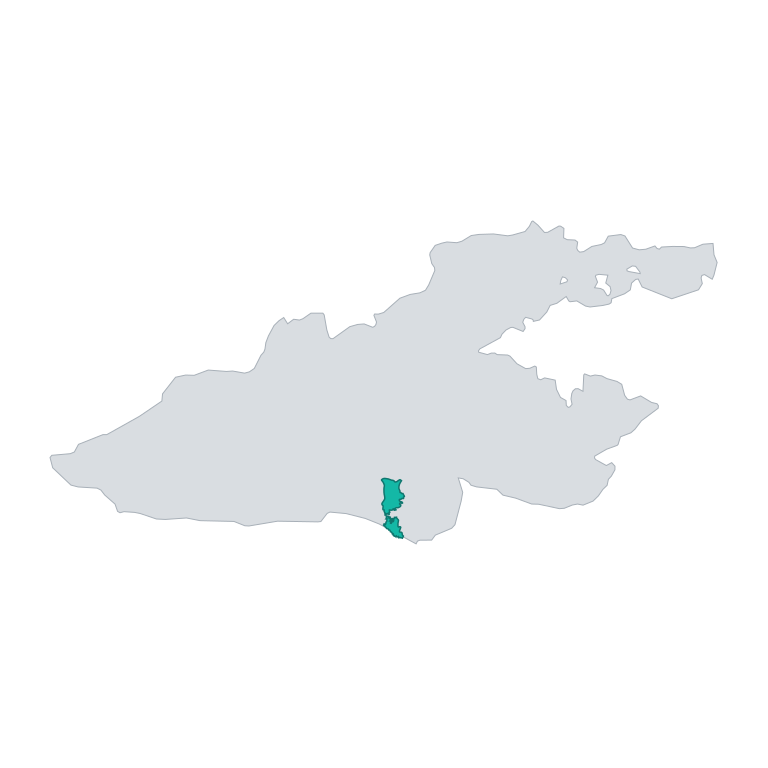 Alamudun, Chuy, Kyrgyzstan (highlighted), rotated 179°
{"feature_id": "92254566B67186126103124", "entity_name": "Alamudun", "entity_type": "district", "adm_level": 2, "iso_a3": "KGZ", "parent_name": "Kyrgyzstan", "parent_adm1": "Chuy", "projection": "equal_earth", "projection_center": [74.606, 42.781], "detail": "fine", "context": "in_parent", "style": "filled", "palette": "teal", "viewbox_px": 768, "rotation_deg": 179, "n_neighbors": 0, "source": "geoboundaries", "source_scale": "gbopen_adm2", "svg_char_len": 8729}
<svg xmlns="http://www.w3.org/2000/svg" viewBox="0 0 768 768"><g transform="rotate(179 384 384)"><path d="M155.5,461.3L157.5,460.0L163.9,458.7L176.7,457.4L181.1,458.4L189.8,463.7L196.5,463.0L197.8,463.8L200.3,468.3L209.7,461.7L216.5,459.7L220.0,453.1L227.4,445.3L233.6,444.0L233.7,445.3L234.9,446.4L241.2,448.2L243.1,446.2L244.2,443.3L242.0,438.8L242.0,436.9L244.0,434.1L254.1,438.4L256.3,438.3L261.0,435.9L265.2,431.7L266.8,428.3L287.5,417.5L289.0,415.5L288.7,414.1L280.1,411.6L276.2,413.0L272.6,413.0L270.4,411.4L259.9,410.8L257.6,409.7L250.7,401.9L242.1,396.9L237.9,397.2L232.9,399.3L231.4,398.3L231.1,391.0L230.1,386.6L227.2,385.5L223.3,387.3L212.8,384.9L211.6,375.6L207.8,367.5L202.3,364.3L202.1,359.4L200.2,357.4L198.5,357.9L196.3,360.4L197.3,365.8L196.4,371.2L195.1,373.9L192.7,375.9L189.9,375.9L185.2,373.2L184.1,389.6L183.2,390.6L177.5,388.3L172.9,389.3L166.1,388.3L161.0,385.5L151.0,382.5L146.3,379.5L143.6,368.5L140.9,364.6L138.3,363.8L127.6,367.6L116.8,360.9L111.4,359.5L110.0,357.5L110.3,355.0L127.2,342.8L133.9,334.4L138.0,330.9L148.5,327.1L151.0,319.5L151.9,318.6L162.6,314.9L174.6,308.2L174.8,306.3L173.7,304.7L163.1,298.6L157.7,301.4L154.5,297.8L154.6,294.2L158.3,287.9L161.3,284.8L162.7,278.8L167.0,274.8L171.6,268.4L177.0,263.3L187.1,259.4L192.6,260.6L197.8,259.7L205.9,256.6L210.8,256.3L231.5,261.1L238.4,261.4L254.4,267.6L267.0,270.8L273.0,276.8L293.2,279.5L298.8,281.3L300.8,284.2L306.5,287.9L311.4,288.8L307.2,274.3L308.9,265.6L315.5,242.1L318.8,238.6L335.3,232.0L339.1,227.1L350.9,227.2L353.3,226.3L354.7,223.6L391.2,244.1L405.0,249.9L424.1,255.1L440.3,256.9L443.1,255.6L449.5,247.6L452.6,247.3L492.8,248.7L521.5,244.4L525.6,244.7L536.4,249.2L570.4,250.6L583.8,253.5L605.0,252.4L613.9,253.0L630.1,258.8L635.7,260.0L646.2,260.9L650.2,259.9L652.6,261.3L655.0,268.6L665.2,277.9L668.9,282.9L672.7,284.9L691.6,286.4L698.8,288.4L716.7,306.0L719.2,316.3L717.4,318.5L698.9,319.8L694.8,321.4L690.5,329.0L665.8,338.3L662.1,338.2L629.2,355.9L606.4,370.8L605.6,378.0L592.3,394.4L582.2,396.4L573.6,396.0L559.5,401.0L541.3,399.3L535.1,399.6L523.2,397.3L518.4,398.5L513.4,401.8L506.5,414.9L503.6,418.0L502.4,421.0L501.4,427.4L498.7,434.1L492.9,444.4L487.8,449.2L483.1,452.2L479.3,445.9L473.2,450.3L467.4,449.4L463.9,450.7L455.8,456.1L443.9,455.9L442.6,454.1L440.2,439.0L438.1,431.9L436.4,430.3L434.2,430.2L417.2,441.9L409.3,444.0L402.8,444.4L394.3,440.9L392.4,441.8L391.0,443.7L390.4,446.1L392.9,452.8L392.2,454.1L388.3,454.0L383.0,455.5L366.6,469.5L356.2,473.1L346.6,474.5L340.9,477.0L337.6,482.2L331.2,496.6L331.5,499.6L334.1,503.5L336.0,512.2L335.6,514.5L330.4,521.7L323.8,523.8L318.6,524.9L308.7,524.0L303.6,525.4L294.2,530.9L286.5,531.9L271.9,532.1L257.7,530.0L252.9,530.7L240.3,534.0L235.9,539.1L233.5,543.8L232.3,544.4L227.3,540.1L220.9,532.7L217.7,532.8L206.3,538.9L204.6,538.7L201.4,536.4L201.9,527.0L198.3,525.1L190.5,524.6L187.9,522.5L188.9,516.4L188.0,514.2L186.0,512.4L182.0,512.9L173.8,517.9L164.3,519.7L161.0,521.3L157.2,527.9L144.6,529.3L140.5,527.8L133.1,515.6L126.5,513.7L119.8,514.2L110.7,517.3L108.6,514.7L106.3,514.0L104.1,516.1L93.0,516.5L81.7,516.2L75.3,514.7L71.1,514.8L62.7,518.2L52.6,518.8L51.8,507.4L48.8,499.7L52.2,487.1L54.0,483.0L61.6,487.8L64.3,487.0L65.1,484.5L64.0,478.8L67.9,472.7L94.8,464.2L124.2,476.5L128.0,484.5L130.5,484.2L134.7,480.6L136.1,473.8L141.9,470.0L154.7,465.4L155.5,461.3ZM170.2,489.1L170.8,488.0L168.7,482.1L171.8,476.6L165.8,475.7L162.8,474.1L159.4,468.5L158.3,468.3L156.5,469.8L155.4,473.4L156.2,477.4L160.5,481.1L158.3,488.9L167.1,489.9L170.2,489.1ZM139.2,494.6L139.0,492.9L136.9,492.1L125.9,489.9L126.2,491.5L130.4,497.3L133.7,497.7L139.2,494.6ZM205.4,484.5L206.1,480.9L199.4,483.0L198.6,484.8L200.8,487.1L203.7,488.0L205.4,484.5Z" fill="#d9dde1" stroke="#a8b0b8" stroke-width="1"/><path d="M385.2,252.9L384.2,252.9L384.4,254.5L384.0,254.3L383.5,254.1L383.4,254.1L383.0,254.0L382.4,253.9L382.4,254.6L381.8,254.7L381.8,254.2L382.0,253.8L381.5,253.7L381.1,253.7L381.1,254.7L381.1,255.4L380.5,255.5L380.8,256.9L380.8,257.0L380.7,257.1L380.7,257.3L380.8,257.6L380.9,257.9L380.8,258.0L380.4,258.0L379.6,257.8L379.0,257.8L378.6,257.7L377.5,258.0L377.2,258.9L376.8,259.0L376.6,258.6L376.2,258.0L376.2,257.9L375.9,257.7L375.7,257.6L375.2,257.9L375.0,258.0L374.9,257.9L374.6,257.9L374.4,257.8L374.3,258.1L375.0,258.2L375.3,258.6L375.4,259.0L375.4,259.3L375.2,259.4L374.7,259.6L374.0,260.1L373.6,260.1L372.5,260.1L371.7,260.2L370.3,260.9L369.8,261.3L369.4,261.9L369.4,262.3L369.4,262.9L370.1,263.2L370.5,263.7L370.5,264.1L370.3,264.5L369.7,264.8L369.3,264.8L369.0,264.6L368.1,264.5L367.6,264.6L367.6,265.1L367.7,265.3L368.0,265.6L369.4,266.2L370.3,266.6L370.7,267.1L370.7,267.5L370.7,267.8L370.7,268.1L370.5,268.3L370.3,268.4L370.0,268.5L369.6,268.4L369.3,268.4L368.8,268.6L368.5,268.8L368.4,269.1L367.9,269.3L367.4,269.2L366.8,269.1L366.4,269.4L366.4,270.0L366.4,270.6L365.6,271.2L365.7,271.6L365.9,272.2L366.3,272.7L366.5,273.1L366.7,273.7L367.0,274.2L367.6,274.2L368.1,274.2L368.6,274.6L369.0,275.1L369.8,275.3L370.0,275.9L369.9,276.7L370.3,277.7L371.0,279.4L370.9,280.6L370.8,281.8L370.5,282.7L370.2,283.7L369.6,284.8L369.0,285.8L368.2,287.0L368.9,287.6L369.6,288.0L370.2,287.9L371.7,287.0L372.4,286.4L373.4,286.0L374.4,285.8L375.1,286.1L375.5,286.8L376.0,287.2L376.9,287.6L378.3,287.7L378.9,288.1L379.9,288.4L381.0,288.9L383.6,289.4L385.0,289.6L386.4,289.4L387.4,288.9L388.1,288.3L388.1,287.9L387.8,287.4L387.0,286.4L386.6,285.8L385.9,284.3L385.7,283.6L385.4,283.0L385.5,281.4L385.8,280.1L385.9,278.5L385.9,276.9L385.9,275.7L385.7,273.5L385.5,272.6L385.3,271.2L385.2,269.9L385.4,268.8L385.9,268.0L386.3,267.3L386.9,266.5L387.6,265.5L388.1,264.7L388.2,263.9L388.0,263.2L387.3,262.6L387.0,261.9L387.3,259.5L387.3,258.7L387.1,258.3L386.0,258.0L386.1,256.8L385.3,254.7L385.2,252.9ZM386.9,243.0L386.6,242.7L386.4,242.6L386.5,242.4L386.4,242.3L386.1,242.3L386.0,242.2L385.9,242.1L385.2,241.1L384.9,240.9L384.7,240.8L384.5,240.4L384.3,240.2L384.2,240.0L384.1,239.7L383.9,239.5L383.8,239.4L383.3,239.3L382.4,239.1L381.9,238.3L381.8,238.1L381.7,238.2L380.7,237.7L380.6,237.4L380.5,237.2L380.4,236.9L380.3,236.7L380.2,236.3L380.2,236.2L379.9,236.0L379.5,236.0L379.1,235.8L379.0,235.7L378.9,235.4L378.6,234.8L378.4,234.7L378.3,234.4L378.2,234.4L378.0,234.2L378.2,233.9L377.9,233.7L377.7,233.5L377.5,233.2L377.4,233.2L377.3,233.3L377.3,233.2L377.2,233.1L377.2,232.9L377.0,232.7L377.2,232.3L376.8,232.0L376.5,232.1L376.3,232.0L376.2,232.0L376.0,231.6L375.9,231.5L375.5,231.5L375.4,231.6L375.2,231.5L375.1,231.3L375.0,231.2L375.0,231.3L374.9,231.4L374.6,231.3L374.4,231.5L374.2,231.7L374.1,231.4L373.9,231.3L373.6,231.2L373.3,231.0L373.2,231.0L372.7,231.0L372.6,230.9L372.5,230.7L372.4,230.8L372.4,230.7L372.1,230.5L372.0,230.3L372.0,230.2L371.9,230.0L371.7,230.1L371.4,230.1L371.2,230.1L370.9,230.1L370.7,230.4L369.8,229.9L369.7,229.9L369.3,230.0L368.8,229.7L368.3,229.5L367.8,230.6L367.5,230.9L367.3,231.3L367.3,231.7L368.2,232.5L368.3,233.1L368.6,234.9L369.0,235.3L369.4,235.5L370.5,235.6L371.0,235.8L371.1,236.2L371.0,237.1L370.1,239.4L369.8,240.1L369.8,240.5L370.0,240.8L370.4,241.0L370.7,241.0L371.2,241.0L371.7,240.8L372.1,240.8L372.3,241.1L372.5,241.5L372.5,242.2L372.5,244.3L372.0,246.8L371.9,247.4L372.0,247.8L373.8,249.9L373.8,250.6L374.5,250.5L374.9,250.5L375.1,250.5L375.5,250.5L375.9,250.5L375.9,250.4L375.9,250.1L375.8,249.9L375.8,249.7L375.8,249.4L376.7,249.3L376.8,248.6L376.7,248.2L376.6,247.6L376.9,247.1L376.9,246.8L376.9,246.6L377.1,246.3L377.4,246.2L378.0,246.3L378.1,246.5L378.1,247.0L377.9,247.2L377.8,247.6L378.0,247.6L378.1,248.1L377.9,248.6L377.9,248.9L377.8,249.0L377.9,249.3L378.3,249.3L378.5,249.1L378.4,248.7L378.6,248.7L378.8,248.8L378.8,248.7L378.7,248.6L378.7,248.3L378.7,248.2L378.6,247.9L378.7,247.7L378.7,247.4L378.6,247.2L378.6,246.9L378.6,246.5L378.6,246.3L378.7,245.4L379.0,244.9L379.2,245.1L379.4,245.1L379.6,244.6L379.8,244.6L380.0,244.7L380.0,245.0L379.8,245.3L379.5,245.9L379.4,246.0L379.2,246.3L379.4,246.4L380.1,246.8L380.6,246.9L380.5,247.0L380.3,247.3L380.1,247.8L380.0,248.0L379.9,247.9L379.7,247.9L379.7,248.2L379.7,248.6L379.6,248.8L379.7,249.1L379.8,249.3L379.9,249.5L380.0,249.7L379.9,249.8L380.0,250.0L380.0,250.3L380.0,250.6L380.4,250.6L380.7,250.8L380.9,250.7L380.8,250.2L380.8,249.4L381.1,249.5L381.1,249.8L381.1,250.1L381.2,250.3L381.4,250.3L381.4,250.5L381.2,250.8L381.3,250.8L381.6,250.8L381.5,251.1L381.5,251.4L381.5,251.6L381.9,251.7L382.8,251.8L382.8,251.6L383.6,251.8L383.8,251.9L383.8,252.0L383.8,251.9L384.0,251.7L383.8,251.3L384.2,249.2L384.3,249.1L383.6,249.0L383.5,249.5L383.3,249.5L383.5,248.2L383.5,247.2L383.7,246.5L384.2,246.1L384.5,245.5L384.5,244.9L384.7,244.2L385.1,243.5L385.3,243.5L385.3,244.0L386.3,244.1L386.3,243.3L386.7,243.2L386.9,243.0Z" fill="#14b8a6" stroke="#0f766e" stroke-width="1.5"/></g></svg>